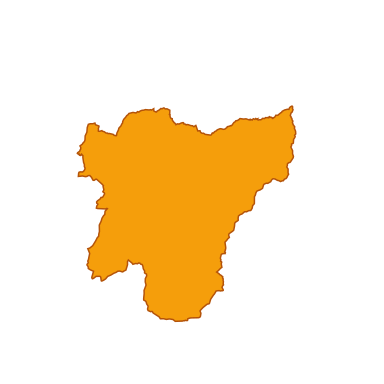 outline of Phong Tho, Lai Chau, Vietnam, rotated 59°
{"feature_id": "81297802B47938422647464", "entity_name": "Phong Tho", "entity_type": "district", "adm_level": 2, "iso_a3": "VNM", "parent_name": "Vietnam", "parent_adm1": "Lai Chau", "projection": "equal_earth", "projection_center": [103.331, 22.615], "detail": "fine", "context": "isolated", "style": "filled", "palette": "amber", "viewbox_px": 384, "rotation_deg": 59, "n_neighbors": 0, "source": "geoboundaries", "source_scale": "gbopen_adm2", "svg_char_len": 6015}
<svg xmlns="http://www.w3.org/2000/svg" viewBox="0 0 384 384"><g transform="rotate(59 192 192)"><path d="M272.0,205.2L268.6,203.9L267.5,202.7L267.1,202.6L266.2,203.2L264.9,202.1L263.8,202.0L262.9,201.4L260.6,199.1L260.6,198.0L260.9,197.0L261.8,195.3L261.3,195.2L260.9,194.5L260.1,194.8L259.0,193.3L258.5,193.1L258.2,192.5L256.8,191.6L252.0,189.6L251.3,187.1L250.5,185.3L250.2,183.4L247.9,182.8L247.4,182.4L246.8,181.5L246.5,177.2L246.2,175.9L243.1,173.1L240.8,171.5L240.3,170.4L240.2,167.7L240.0,166.9L238.1,165.9L236.5,164.5L236.2,162.3L236.6,160.4L236.0,157.1L237.1,155.3L237.2,153.0L238.0,151.5L238.0,150.8L236.9,148.8L234.9,147.0L234.3,145.0L233.9,144.4L228.2,140.9L227.3,139.3L225.5,137.5L224.7,135.9L224.7,135.2L225.3,132.5L225.2,129.7L222.7,126.9L222.4,126.0L222.8,123.7L223.6,122.6L223.7,119.2L222.7,117.6L222.4,116.6L222.4,115.7L223.7,114.1L226.0,112.8L227.2,111.5L228.6,110.8L228.9,108.9L229.4,107.9L228.6,106.2L228.9,104.4L228.4,103.1L227.3,101.6L226.5,100.0L225.1,99.8L221.8,97.8L219.4,97.9L219.2,97.7L218.5,96.7L217.1,95.8L216.9,95.2L216.7,93.9L217.1,92.9L217.0,92.2L214.8,87.7L213.7,86.7L211.0,86.1L208.4,84.5L204.3,84.1L203.6,82.8L202.1,81.9L202.4,80.4L202.2,79.9L199.2,77.8L198.3,75.9L197.6,75.0L196.2,74.8L195.7,73.2L193.2,71.9L190.0,71.4L189.1,70.4L186.3,70.6L183.9,70.0L183.2,69.0L181.8,69.1L180.3,68.5L179.2,68.7L178.3,68.3L177.2,68.5L175.5,66.7L175.2,66.0L175.1,65.1L173.5,63.0L172.2,62.9L170.9,61.9L170.2,61.8L169.8,62.2L169.7,63.1L169.8,64.3L170.0,65.0L171.1,66.4L170.2,67.6L169.4,70.4L169.3,73.2L169.9,74.3L169.8,75.0L170.4,79.0L169.4,80.7L170.0,81.6L170.5,82.9L170.3,83.6L170.6,84.8L170.3,85.2L169.6,85.0L168.6,85.7L168.0,87.2L167.5,86.7L167.2,86.9L167.7,88.3L167.2,88.6L167.1,89.2L166.1,90.7L166.4,91.9L165.2,93.7L165.6,94.9L165.5,95.9L164.8,96.9L164.5,98.0L163.4,98.8L163.0,98.0L162.7,99.1L161.8,99.5L162.2,100.7L160.9,101.5L160.9,102.6L161.3,103.3L160.4,104.0L160.3,105.0L159.6,104.8L159.5,106.0L157.1,108.0L156.0,110.3L153.8,113.0L153.8,113.6L154.2,114.4L154.0,115.1L154.2,115.9L153.5,117.9L154.0,118.8L154.0,120.3L155.4,123.5L155.3,124.1L155.4,124.6L154.9,124.9L154.9,126.0L154.2,128.1L154.7,128.8L155.0,131.6L154.3,133.1L153.3,133.9L152.2,135.3L151.8,137.8L151.8,138.9L152.1,139.8L151.9,141.5L152.5,143.2L152.4,143.7L151.9,144.0L151.9,144.4L152.9,145.9L152.8,146.8L149.3,151.1L147.6,151.8L146.9,153.1L145.4,153.9L143.6,153.6L142.6,155.6L136.9,154.4L136.8,155.0L137.1,156.1L137.0,156.8L135.5,157.4L134.5,158.8L132.3,160.6L131.6,161.5L131.4,162.5L130.4,162.8L129.3,164.0L128.4,163.6L127.9,163.9L127.3,165.8L127.1,168.2L126.2,169.1L126.0,171.1L125.2,170.9L124.7,171.2L124.0,171.2L123.2,171.7L122.0,171.6L121.2,171.9L119.8,171.7L119.0,171.2L118.0,172.1L116.7,172.1L115.2,171.6L114.6,171.0L113.9,171.4L113.2,170.6L110.5,168.9L107.8,170.6L107.0,172.2L105.5,172.7L105.3,173.3L105.2,174.9L104.4,175.6L104.8,177.9L104.7,180.3L105.1,181.1L105.0,181.6L103.1,182.9L102.4,182.8L100.9,181.9L100.9,184.5L100.1,185.1L99.6,186.5L97.4,189.5L97.0,191.2L96.2,192.9L95.9,194.6L96.1,196.4L95.1,197.2L95.4,199.3L93.4,201.6L92.2,205.6L92.8,207.1L92.9,208.6L93.7,210.3L94.5,213.0L95.8,215.0L97.2,216.1L97.6,217.3L98.7,218.8L99.6,221.8L100.9,223.1L102.8,226.0L104.6,227.5L104.7,228.2L104.2,228.4L103.4,229.6L102.3,229.7L101.1,230.8L99.2,232.8L98.7,233.9L98.0,234.1L97.2,235.3L95.1,236.2L93.8,237.5L93.0,237.6L92.4,239.9L91.7,240.9L91.1,240.7L90.4,240.0L89.5,239.7L88.1,238.1L87.5,237.8L84.6,240.1L82.9,239.7L82.4,241.9L81.1,244.0L80.6,246.0L82.8,248.6L86.6,251.3L88.9,254.7L92.1,256.8L93.0,257.7L93.7,259.3L93.9,260.4L94.5,261.3L94.8,264.3L96.5,264.4L97.9,265.3L98.4,266.4L99.2,267.2L99.4,269.8L99.8,269.9L100.0,270.4L101.4,269.7L101.4,269.2L102.5,269.5L103.2,268.9L103.4,268.4L102.8,267.9L102.6,267.2L104.7,266.8L106.3,267.8L110.8,269.7L113.0,270.1L114.8,271.2L116.3,271.3L117.2,272.0L118.1,273.4L118.5,275.4L117.1,277.6L116.9,278.7L117.5,279.5L120.1,281.4L121.9,277.6L124.0,275.4L124.5,274.1L124.5,272.5L125.3,271.1L127.7,270.6L130.8,270.8L131.3,270.4L131.6,269.9L131.5,267.9L131.9,267.2L138.8,265.1L141.0,264.7L141.5,265.4L144.7,266.4L145.9,268.3L147.6,267.6L148.6,267.9L150.3,270.9L150.4,271.8L149.8,272.8L150.6,274.3L150.9,277.6L151.4,278.9L152.5,279.4L153.7,278.9L154.1,279.0L155.0,280.9L156.6,282.3L157.5,281.5L161.6,275.4L162.1,274.5L162.2,273.4L162.7,273.1L163.7,276.4L166.4,278.4L166.7,279.9L168.1,282.6L170.3,285.0L172.6,288.5L178.2,291.7L180.0,293.5L181.9,294.9L182.3,296.6L184.3,299.8L186.9,304.8L187.4,308.7L186.9,310.5L191.9,311.3L196.6,315.6L197.5,316.9L199.2,317.3L199.9,319.1L200.4,319.6L202.6,319.5L204.2,320.3L206.6,319.1L209.2,317.2L213.6,321.9L214.8,322.2L215.2,321.9L215.3,320.7L214.9,317.7L216.7,314.6L217.2,314.2L218.0,314.1L221.3,315.5L221.6,315.5L221.9,315.0L222.1,313.1L222.0,310.8L220.9,307.7L221.4,304.4L221.4,300.7L221.8,298.6L221.7,296.4L222.6,294.6L224.6,292.9L224.8,292.3L224.7,290.7L224.9,288.9L221.1,284.7L218.5,283.2L217.5,281.6L222.1,280.0L223.5,279.9L224.3,277.0L225.4,275.8L225.4,274.2L226.2,273.3L227.5,273.1L228.3,272.2L228.6,272.1L230.2,272.3L232.8,273.3L235.4,273.3L236.8,274.3L237.6,274.1L238.8,273.3L239.9,273.7L240.6,274.1L242.2,276.6L245.0,278.4L248.1,279.3L251.7,283.8L254.4,285.3L259.0,288.7L259.9,289.0L261.5,288.0L262.5,287.9L264.6,288.5L267.1,288.4L267.8,288.8L269.4,290.4L271.0,290.7L273.3,289.1L273.7,287.9L274.0,287.6L275.8,287.6L282.0,284.5L284.4,284.4L286.0,281.6L288.0,279.6L289.0,277.1L289.5,276.3L291.6,273.9L294.2,273.0L297.8,266.5L298.0,265.4L298.6,264.6L298.5,263.9L299.6,262.6L299.8,262.0L298.5,260.9L298.8,259.2L299.4,257.7L303.1,251.2L303.4,249.9L302.8,248.7L300.5,246.8L298.1,246.4L297.6,245.3L296.7,242.0L296.0,237.1L296.1,236.1L296.6,235.2L296.4,234.4L293.5,231.2L291.4,226.7L290.9,225.2L289.3,222.3L290.0,220.5L290.8,219.2L291.4,218.7L292.1,217.0L292.4,216.6L292.4,215.9L291.9,215.6L289.2,215.4L288.2,214.1L287.8,212.8L287.0,212.7L284.9,211.2L283.8,210.9L282.5,210.0L281.4,210.1L280.6,209.3L278.4,210.0L276.8,210.9L276.0,210.9L273.3,212.1L273.0,210.1L272.1,206.8L272.0,205.2Z" fill="#f59e0b" stroke="#b45309" stroke-width="1.5"/></g></svg>